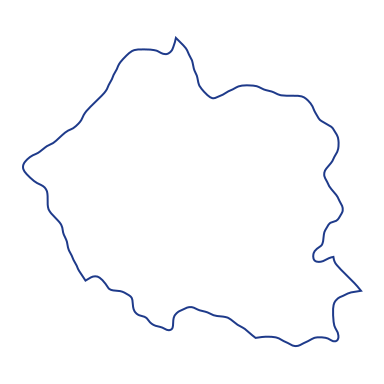 Guayabal, Azua, Dominican Republic
{"feature_id": "3306468B24687357743066", "entity_name": "Guayabal", "entity_type": "district", "adm_level": 2, "iso_a3": "DOM", "parent_name": "Dominican Republic", "parent_adm1": "Azua", "projection": "mercator", "projection_center": [-70.748, 18.718], "detail": "fine", "context": "isolated", "style": "outline", "palette": "blue", "viewbox_px": 384, "rotation_deg": 0, "n_neighbors": 0, "source": "geoboundaries", "source_scale": "gbopen_adm2", "svg_char_len": 4012}
<svg xmlns="http://www.w3.org/2000/svg" viewBox="0 0 384 384"><path d="M361.0,290.8L357.4,286.4L354.3,283.0L340.8,269.5L336.9,265.2L335.5,263.4L334.5,261.4L333.9,259.6L333.4,256.9L331.1,257.4L328.9,258.2L323.1,261.1L320.9,261.7L318.7,261.9L316.6,261.6L315.6,261.2L314.6,260.5L313.9,259.5L313.5,258.5L313.2,256.3L313.4,254.2L313.7,253.1L314.7,251.1L316.9,248.8L320.9,245.9L321.6,245.2L322.1,244.4L322.5,243.4L323.1,241.3L323.9,234.4L324.4,232.1L325.3,230.1L328.5,224.7L329.9,223.2L330.7,222.7L336.2,220.8L337.8,219.5L339.0,217.9L341.6,213.5L342.5,211.6L342.7,210.4L342.7,208.1L342.1,205.9L339.6,201.2L337.6,197.0L336.2,194.9L331.4,189.2L329.2,186.2L327.2,182.0L325.2,178.3L324.4,176.2L324.2,175.1L324.3,172.8L325.0,170.6L326.3,168.6L331.0,163.0L332.4,161.0L334.4,156.8L337.1,152.1L337.5,151.0L338.2,148.7L338.5,146.3L338.6,142.6L338.4,140.2L338.0,137.8L337.6,136.6L336.7,134.6L332.8,128.3L331.3,126.8L321.4,121.0L319.8,119.8L318.5,118.1L315.3,112.6L314.3,110.7L312.5,106.4L310.5,103.3L308.0,100.5L306.1,98.8L304.1,97.4L301.7,96.4L297.9,95.8L286.2,95.7L281.1,95.3L279.9,95.0L277.6,94.2L273.7,92.3L271.6,91.5L265.9,90.1L263.7,89.4L258.8,87.0L256.7,86.2L253.1,85.6L246.9,85.3L242.0,85.6L238.5,86.4L236.5,87.3L232.7,89.4L228.4,91.3L222.8,94.7L215.1,98.0L213.1,98.3L212.1,98.1L210.1,97.2L207.4,95.1L204.0,91.7L201.6,88.9L199.5,85.9L199.0,84.8L198.3,82.5L197.4,77.9L196.8,75.6L194.5,70.6L193.8,68.5L192.6,62.7L192.0,60.4L189.0,54.6L187.1,50.3L185.8,48.2L183.3,45.3L175.9,37.9L174.9,42.2L173.2,47.3L172.3,49.5L171.8,50.4L170.3,52.1L168.6,53.3L167.6,53.8L166.4,54.1L165.3,54.1L163.1,53.8L161.1,53.0L157.4,51.0L156.3,50.6L154.0,50.1L150.3,49.6L144.1,49.4L137.9,49.5L134.3,50.1L132.1,51.0L129.1,53.1L126.4,55.6L123.0,59.1L120.6,61.9L119.2,63.9L118.1,66.0L116.8,69.2L113.6,74.9L111.9,79.2L108.7,85.0L106.9,89.2L105.6,91.2L104.2,93.0L101.7,95.7L90.4,106.8L86.3,111.2L84.9,113.1L83.7,115.0L82.2,118.2L81.2,120.2L79.9,122.0L78.4,123.7L75.9,126.1L73.2,128.2L71.2,129.2L68.1,130.6L65.1,132.6L62.3,135.0L56.0,140.8L53.2,143.0L47.0,146.1L45.2,147.4L39.9,151.6L38.0,152.9L36.0,153.9L32.8,155.3L29.9,157.1L27.3,159.3L25.8,160.9L24.4,162.6L23.4,164.6L23.1,165.8L23.0,167.0L23.1,168.2L23.4,169.3L24.5,171.5L26.7,174.2L30.2,177.7L34.0,181.0L37.0,183.0L41.1,185.0L43.0,186.1L44.7,187.5L46.0,189.3L47.0,191.4L47.4,193.7L47.6,196.1L47.7,204.7L48.0,207.1L48.6,209.4L49.8,211.5L51.2,213.4L58.0,220.6L59.6,222.4L61.0,224.4L61.5,225.5L62.3,227.7L63.1,232.4L63.8,234.6L66.1,239.5L66.9,241.7L68.0,247.5L68.7,249.7L69.1,250.7L71.7,255.6L73.5,259.9L76.7,265.7L78.0,268.9L79.1,270.9L85.5,280.6L90.9,277.4L92.9,276.6L95.2,276.3L97.5,276.6L99.6,277.7L102.4,280.1L105.5,283.8L108.5,288.2L109.2,288.9L110.1,289.4L111.1,289.9L113.2,290.4L120.1,291.1L122.3,291.7L124.4,292.6L128.9,295.2L130.5,296.4L131.2,297.2L131.8,298.1L132.4,300.1L133.1,306.9L133.6,309.1L134.5,311.2L135.1,312.1L136.6,313.7L138.4,314.9L139.4,315.3L144.5,316.8L146.2,317.8L146.9,318.4L150.0,322.3L151.6,323.7L153.5,324.9L155.6,325.8L160.1,326.9L162.3,327.6L166.7,329.8L168.7,330.2L169.7,330.1L170.6,329.8L171.5,329.3L172.2,328.5L172.6,327.6L173.0,325.6L173.3,320.2L173.7,317.9L174.5,315.8L175.1,314.9L176.6,313.2L178.3,311.8L179.3,311.2L187.1,307.6L189.3,307.1L191.6,307.1L193.8,307.7L197.6,309.5L199.6,310.3L205.3,311.7L207.5,312.4L213.5,315.2L217.0,316.0L223.0,316.6L225.3,317.0L227.6,317.6L228.7,318.2L230.8,319.5L237.6,324.8L242.7,327.6L244.8,328.9L252.4,335.4L255.6,337.9L262.0,337.0L266.0,336.7L271.4,336.8L275.4,337.3L276.6,337.6L278.9,338.4L283.7,341.1L287.8,343.0L292.5,345.5L294.7,346.0L295.8,346.1L298.1,345.8L300.0,345.1L303.8,343.1L307.9,341.2L311.7,339.1L313.8,338.1L315.0,337.7L317.6,337.3L321.6,337.3L325.5,337.8L327.9,338.5L331.4,340.4L333.1,341.2L335.1,341.3L336.0,341.1L337.0,340.5L337.7,339.7L338.1,338.7L338.4,337.8L338.4,335.7L337.7,332.5L335.2,327.8L334.3,325.6L333.6,321.8L333.1,315.3L333.1,308.8L333.6,305.0L334.4,302.6L335.6,300.7L337.9,298.4L339.8,297.2L342.9,295.9L347.8,293.5L351.1,292.4L361.0,290.8Z" fill="none" stroke="#1e3a8a" stroke-width="2"/></svg>